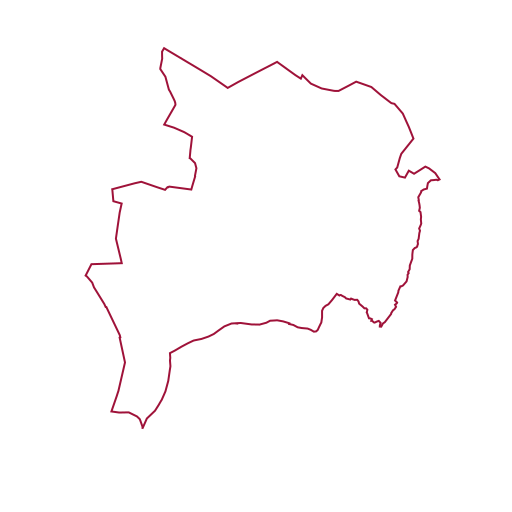 Doedain, River Cess, Liberia (orthographic projection), rotated 193°
{"feature_id": "62588387B34334652858528", "entity_name": "Doedain", "entity_type": "district", "adm_level": 2, "iso_a3": "LBR", "parent_name": "Liberia", "parent_adm1": "River Cess", "projection": "orthographic", "projection_center": [-9.275, 6.287], "detail": "fine", "context": "isolated", "style": "outline", "palette": "rose", "viewbox_px": 512, "rotation_deg": 193, "n_neighbors": 0, "source": "geoboundaries", "source_scale": "gbopen_adm2", "svg_char_len": 3680}
<svg xmlns="http://www.w3.org/2000/svg" viewBox="0 0 512 512"><g transform="rotate(193 256 256)"><path d="M279.1,449.9L297.5,434.3L312.5,421.5L321.4,413.4L321.8,413.6L340.3,421.0L352.2,424.9L392.3,437.8L393.4,434.3L393.5,434.0L392.4,429.4L391.8,427.2L391.5,417.5L391.3,416.6L389.8,415.2L384.6,410.3L378.3,398.5L376.7,396.9L371.4,390.4L370.0,388.6L369.8,388.2L369.1,387.0L368.5,385.2L368.7,384.5L368.7,384.4L373.5,368.6L375.0,363.4L364.8,362.6L353.6,360.5L345.1,357.8L343.9,346.9L343.7,344.4L343.5,343.1L342.6,336.4L342.1,336.4L340.8,335.6L336.3,332.8L333.8,328.1L333.5,320.3L333.2,319.9L333.8,310.3L334.0,306.2L356.2,304.1L357.0,303.2L357.7,303.2L359.5,300.0L360.4,300.1L368.1,300.8L383.4,302.4L384.4,302.5L384.7,302.4L390.7,299.5L411.1,288.7L410.9,288.3L407.7,278.5L407.3,277.3L398.7,276.9L398.7,275.8L398.6,267.7L397.6,255.5L396.4,241.4L387.1,222.8L385.2,218.8L414.5,211.0L417.6,198.6L416.1,198.0L409.6,193.2L406.8,189.0L402.3,184.5L393.0,175.1L391.0,172.5L390.3,172.6L389.7,171.8L370.9,148.2L369.9,146.2L370.5,145.8L359.7,122.8L359.7,115.7L359.7,93.5L359.8,92.7L360.2,88.0L361.9,72.0L354.0,72.7L349.7,73.8L344.8,75.0L335.9,72.9L332.7,71.0L331.8,69.8L328.0,63.8L327.9,62.1L326.6,68.8L325.8,73.1L322.5,78.1L319.6,82.5L317.2,89.3L316.8,90.7L316.2,92.6L316.1,93.0L315.5,94.7L313.8,103.7L313.4,114.6L314.3,125.3L314.5,128.3L314.6,129.4L316.3,134.8L316.6,137.4L318.0,142.0L313.9,145.5L308.2,150.9L302.8,155.6L297.9,159.5L296.7,160.1L290.5,162.9L284.2,166.8L279.6,170.5L275.9,174.8L271.0,180.3L264.7,184.7L261.7,185.6L259.5,185.9L259.7,186.2L255.8,187.3L245.0,188.3L237.0,190.0L236.7,190.2L230.9,193.3L227.7,196.1L223.6,197.3L221.0,198.1L214.9,198.4L209.0,198.0L208.3,197.9L208.4,197.2L204.6,197.2L204.1,197.2L199.7,196.0L199.3,195.9L195.2,196.1L189.4,196.9L186.1,196.4L182.6,195.3L181.4,195.7L180.4,196.1L179.2,197.9L178.6,200.9L177.8,204.4L177.4,205.8L177.8,211.0L179.3,217.5L178.7,220.5L177.0,223.1L174.6,225.2L172.0,230.2L168.8,237.3L166.0,236.3L165.9,236.5L164.6,237.1L162.8,236.5L160.2,235.9L158.6,234.9L154.3,234.8L153.8,235.9L152.0,235.6L150.0,235.4L147.5,236.1L145.9,234.8L144.8,232.8L140.7,230.7L138.6,229.4L136.9,229.8L135.4,228.7L135.4,225.9L135.2,225.8L131.9,220.7L130.5,220.9L128.8,220.5L129.1,218.8L128.1,218.9L126.2,217.8L125.4,217.8L124.0,218.9L123.5,219.3L121.8,220.4L119.6,218.9L119.7,216.3L119.5,215.1L118.1,215.3L117.4,217.8L117.3,218.6L115.8,220.3L115.6,220.5L111.3,229.9L111.4,230.8L110.3,233.9L109.1,235.3L108.2,237.7L108.1,238.0L109.6,239.8L108.5,241.1L108.0,242.1L108.0,242.4L110.5,243.9L109.2,252.5L109.4,254.3L108.5,258.9L107.6,259.1L106.1,260.4L103.6,265.1L103.5,269.6L104.1,271.8L103.4,273.7L104.2,274.6L103.3,277.7L104.0,281.4L103.1,288.5L104.0,292.6L104.2,294.3L104.5,297.1L103.1,299.5L101.8,300.4L101.2,301.2L101.1,301.4L101.1,302.5L100.9,304.1L101.0,304.4L101.9,306.9L101.4,309.3L102.0,315.1L101.9,317.5L103.2,319.5L102.5,323.0L102.3,324.8L103.6,328.7L103.9,331.1L104.0,331.5L105.6,335.8L107.2,336.7L107.2,339.8L108.0,342.1L108.8,344.0L110.1,346.6L109.9,346.9L111.1,349.8L109.5,355.1L109.6,356.5L108.9,357.1L107.6,358.5L104.6,360.1L104.7,361.5L104.8,362.9L104.9,365.7L102.6,369.1L99.8,370.0L97.4,370.9L95.9,370.7L94.9,371.5L94.4,371.9L100.0,377.1L107.1,380.3L111.1,381.2L116.0,376.2L120.5,371.7L126.3,373.5L128.5,365.9L134.3,365.9L139.6,371.7L138.3,374.0L137.9,383.8L137.4,388.3L129.0,405.8L132.7,411.2L136.1,416.1L139.7,420.8L145.0,427.8L155.3,435.4L158.4,435.4L159.2,435.7L170.4,440.8L174.1,442.7L178.9,445.2L181.6,446.6L193.0,447.9L197.6,448.4L203.8,443.0L212.7,435.4L216.8,434.5L218.9,434.4L229.7,434.0L241.3,436.3L246.2,439.3L251.5,442.6L252.2,438.9L258.3,441.1L277.8,449.3L279.1,449.9Z" fill="none" stroke="#9f1239" stroke-width="2"/></g></svg>